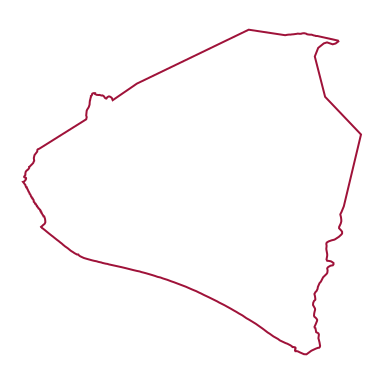 Santa María Colotepec, Oaxaca, Mexico (Albers equal-area conic projection)
{"feature_id": "50627088B92566493153794", "entity_name": "Santa María Colotepec", "entity_type": "district", "adm_level": 2, "iso_a3": "MEX", "parent_name": "Mexico", "parent_adm1": "Oaxaca", "projection": "albers", "projection_center": [-96.986, 15.853], "detail": "fine", "context": "isolated", "style": "outline", "palette": "rose", "viewbox_px": 384, "rotation_deg": 0, "n_neighbors": 0, "source": "geoboundaries", "source_scale": "gbopen_adm2", "svg_char_len": 5474}
<svg xmlns="http://www.w3.org/2000/svg" viewBox="0 0 384 384"><path d="M361.0,134.5L325.1,96.8L314.8,56.5L318.2,47.9L323.8,43.4L327.0,42.4L332.7,44.3L335.6,43.5L338.4,41.4L338.0,40.6L317.3,36.0L315.8,36.0L315.5,35.8L314.8,35.6L314.0,35.5L313.1,35.2L311.7,34.7L310.7,34.7L309.2,34.6L307.7,34.4L306.9,34.2L306.6,33.9L305.9,33.6L304.1,33.2L303.1,33.3L302.1,33.4L301.4,33.7L300.5,33.8L299.6,33.8L298.6,33.7L297.8,33.6L296.9,33.8L295.5,34.0L293.3,34.3L291.8,34.4L290.7,34.6L289.0,34.6L287.2,34.8L285.2,35.2L284.5,35.1L248.7,29.7L136.9,83.6L112.7,100.2L112.2,99.1L112.1,98.6L111.9,98.1L111.2,97.4L110.6,97.1L110.1,96.7L109.5,96.5L108.9,96.4L108.2,96.7L107.5,97.1L106.9,97.7L106.5,98.5L106.2,98.6L105.8,98.4L105.4,98.2L104.9,97.8L104.4,97.0L103.5,95.9L103.0,95.7L102.5,95.4L102.1,95.5L101.4,95.5L100.8,95.3L99.3,94.9L98.9,95.0L98.3,95.0L96.6,94.8L96.2,94.6L95.0,94.0L95.1,93.2L94.4,93.1L93.8,93.1L92.5,93.5L92.1,94.0L92.1,94.5L91.6,95.6L90.9,96.0L90.9,96.7L90.9,97.1L90.6,97.8L90.3,99.3L90.1,99.9L90.1,100.5L89.8,101.0L89.8,101.8L89.7,102.3L89.6,104.4L89.3,105.5L88.7,107.2L88.3,107.9L87.9,108.5L87.2,109.6L86.7,110.7L86.2,115.5L86.7,117.1L86.2,119.3L39.3,148.7L37.8,149.3L37.4,149.8L37.2,151.6L34.5,155.1L33.8,158.1L34.2,160.8L33.9,161.2L33.2,163.0L31.4,164.9L30.9,165.3L30.4,165.9L29.9,166.4L29.7,166.6L29.1,166.9L29.2,167.4L29.2,167.6L29.2,167.9L28.9,168.3L28.8,168.6L28.1,169.4L27.7,169.8L27.4,170.1L27.2,170.2L26.9,170.3L26.7,170.5L25.9,171.5L25.6,172.1L25.4,173.5L25.3,173.9L25.4,174.8L25.3,175.1L24.8,175.6L24.7,175.8L24.2,176.6L24.1,176.9L24.2,177.1L24.4,177.3L24.8,177.4L25.1,177.6L25.6,177.6L25.8,177.7L25.8,178.0L26.0,178.1L26.1,178.5L26.0,178.9L25.8,179.2L25.8,179.6L24.2,181.5L23.0,181.9L23.4,182.4L23.5,182.5L24.4,183.7L24.8,184.3L25.3,184.8L25.4,185.0L25.5,185.8L25.8,186.3L26.1,186.7L26.2,186.9L26.2,187.1L26.5,187.1L26.5,187.3L26.6,187.5L26.8,187.7L26.8,188.0L27.1,188.2L27.2,188.6L27.4,188.9L27.4,189.2L27.5,189.4L27.7,189.5L28.0,190.2L28.2,190.5L28.2,190.8L28.3,191.0L28.5,191.4L28.6,191.7L28.9,191.9L29.0,192.1L29.3,192.7L29.4,192.9L29.4,193.0L29.5,193.3L29.6,193.8L29.9,194.0L30.2,194.3L30.7,195.3L30.8,195.6L30.8,195.9L31.0,196.3L31.2,196.5L31.5,196.7L31.7,197.2L31.6,197.4L31.6,197.5L32.0,198.0L32.3,198.2L32.5,198.2L32.6,198.4L32.4,198.3L32.5,198.8L33.0,199.1L33.2,199.6L33.6,200.0L33.7,201.0L33.7,201.4L33.8,201.9L34.5,202.3L34.6,202.5L34.7,202.8L34.8,203.1L35.0,203.3L35.0,203.5L35.3,203.6L35.2,203.8L35.5,204.1L35.8,204.3L36.2,204.7L36.2,204.9L36.3,205.0L36.5,205.3L36.6,205.5L36.8,206.1L37.0,206.1L37.0,206.3L37.4,206.5L37.6,206.9L37.6,207.1L37.8,207.3L38.0,207.5L38.3,207.7L38.3,208.0L38.4,208.3L38.6,208.6L39.1,208.8L39.3,209.0L40.2,209.9L40.2,210.1L40.1,210.4L40.2,210.6L40.5,210.5L40.7,210.8L40.6,211.0L40.6,211.3L40.7,211.6L40.9,211.6L41.0,211.9L41.4,212.1L41.5,212.4L41.4,212.9L41.9,213.3L42.4,214.5L42.7,214.9L42.9,215.0L43.0,215.1L43.1,215.4L43.4,216.1L43.5,216.4L44.2,216.4L44.9,218.5L45.1,219.3L45.1,219.6L45.3,221.0L45.3,221.6L45.3,222.4L44.7,223.7L43.6,224.7L43.0,225.1L42.4,225.8L41.0,226.9L41.1,227.1L41.8,227.5L42.1,228.1L42.7,228.4L43.5,229.0L44.2,229.6L45.0,230.2L46.3,231.3L49.6,234.0L50.5,234.7L52.0,235.9L52.6,236.3L53.3,236.9L54.8,238.1L56.8,239.7L58.8,241.2L60.6,242.7L61.2,243.1L61.8,243.6L62.4,244.1L63.1,244.8L63.9,245.4L64.8,246.2L67.7,248.2L70.6,250.6L71.8,251.4L73.3,252.3L74.4,253.1L77.0,254.5L77.5,254.5L78.0,254.4L78.3,254.5L78.4,254.8L78.9,255.3L79.9,256.1L81.5,256.9L83.9,258.0L87.3,259.0L92.0,260.3L94.0,260.8L96.6,261.3L98.5,261.9L101.4,262.5L102.4,262.9L105.9,263.7L107.4,263.9L108.9,264.4L121.3,267.1L125.9,268.2L133.4,270.1L136.8,270.9L139.8,271.5L141.5,272.1L143.6,272.6L146.2,273.3L152.0,275.0L154.9,275.9L157.7,276.9L160.5,277.5L162.8,278.4L167.3,279.8L171.5,281.4L173.9,282.2L178.9,284.1L185.8,286.7L191.9,289.4L194.3,290.4L196.1,291.1L199.1,292.6L201.1,293.5L204.0,295.0L208.7,297.2L217.2,301.4L219.1,302.5L221.9,303.9L223.9,304.9L231.0,308.8L233.7,310.4L236.4,311.9L238.8,313.4L242.4,315.4L246.4,318.2L249.1,319.7L256.1,324.0L258.2,325.5L262.6,328.6L267.7,332.5L269.8,333.8L272.0,335.4L273.4,336.4L278.2,339.1L279.7,340.3L280.7,340.8L285.6,343.1L287.3,343.7L290.4,345.3L291.9,346.3L292.2,346.8L292.5,347.1L293.9,347.0L294.3,347.2L294.7,347.6L295.3,347.5L295.6,348.0L295.5,348.7L295.1,349.7L295.3,350.0L295.0,350.2L295.0,350.5L295.2,350.9L295.4,351.2L295.8,351.1L296.1,351.0L296.6,351.2L297.7,351.3L299.7,352.3L304.0,354.2L306.5,354.3L311.4,350.7L315.9,348.6L318.1,347.8L319.0,347.8L319.4,347.5L319.9,346.8L320.1,345.9L319.5,342.4L318.9,340.0L318.4,338.2L318.9,334.7L318.5,333.5L317.7,332.9L316.2,332.2L315.4,328.1L314.7,327.7L314.5,326.8L315.7,324.2L317.0,321.0L317.2,320.0L316.6,318.8L315.7,317.8L314.3,316.6L314.0,315.6L314.2,313.4L314.6,311.6L315.1,309.7L315.0,308.5L313.0,305.0L313.2,302.8L314.1,300.8L314.8,300.3L315.3,299.7L315.3,298.6L315.0,296.3L314.4,294.0L315.5,292.0L316.4,291.2L317.5,289.1L317.9,286.9L319.5,283.2L320.9,281.6L323.1,277.3L326.6,273.9L327.3,272.8L327.6,270.5L327.2,268.3L328.1,267.1L330.5,265.7L332.8,265.3L333.5,264.4L333.5,263.0L332.1,262.0L330.9,261.3L328.7,260.9L327.2,260.8L326.5,259.4L327.2,255.8L327.2,254.1L326.4,249.7L326.3,248.7L326.5,247.0L326.6,245.8L326.3,243.9L326.7,242.6L328.6,241.4L331.7,240.3L334.2,239.7L334.9,239.4L338.9,236.8L341.5,234.4L342.1,233.5L342.1,231.8L341.3,230.6L339.1,228.3L339.1,227.0L340.7,223.6L341.3,221.4L341.3,219.8L341.0,217.3L340.3,214.5L340.5,213.9L341.4,212.2L343.8,206.4L361.0,134.5Z" fill="none" stroke="#9f1239" stroke-width="2"/></svg>